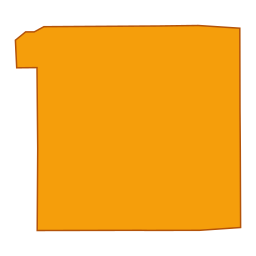 the district of Monroe, Wisconsin, United States of America
{"feature_id": "52423323B24305345772996", "entity_name": "Monroe", "entity_type": "district", "adm_level": 2, "iso_a3": "USA", "parent_name": "United States of America", "parent_adm1": "Wisconsin", "projection": "orthographic", "projection_center": [-90.628, 43.943], "detail": "fine", "context": "isolated", "style": "filled", "palette": "amber", "viewbox_px": 256, "rotation_deg": 0, "n_neighbors": 0, "source": "geoboundaries", "source_scale": "gbopen_adm2", "svg_char_len": 330}
<svg xmlns="http://www.w3.org/2000/svg" viewBox="0 0 256 256"><path d="M239.8,28.2L198.2,25.5L158.5,26.0L43.9,26.7L34.2,31.9L25.6,31.9L15.4,40.2L16.7,67.8L37.0,67.6L37.7,148.6L37.2,230.5L140.4,230.3L148.0,230.4L199.6,230.3L240.6,227.5L240.3,150.9L240.0,110.0L239.8,28.2Z" fill="#f59e0b" stroke="#b45309" stroke-width="1.5"/></svg>